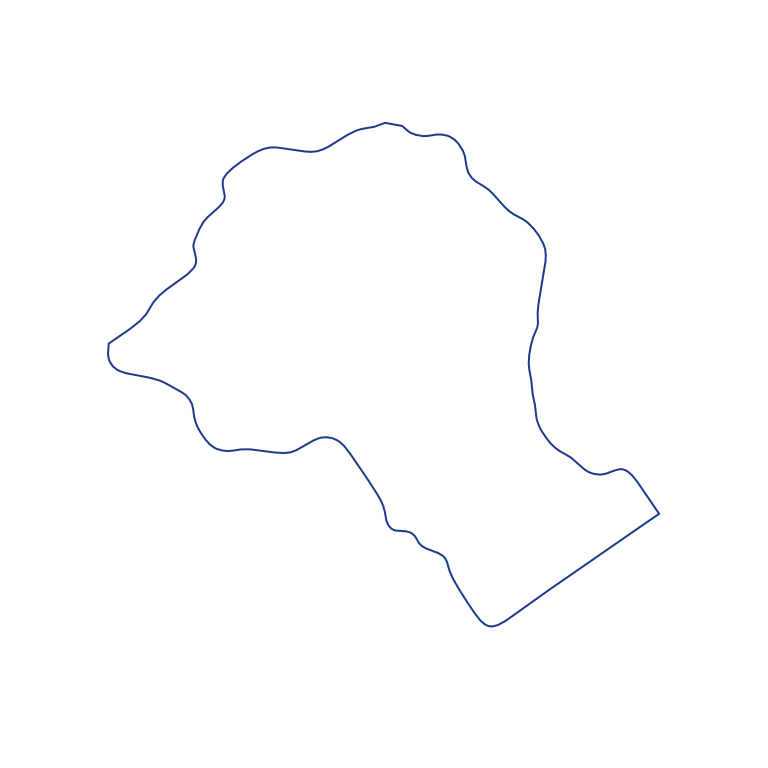 outline of Villa Tapia, Hermanas, Dominican Republic, rotated 325°
{"feature_id": "3306468B10183104109049", "entity_name": "Villa Tapia", "entity_type": "district", "adm_level": 2, "iso_a3": "DOM", "parent_name": "Dominican Republic", "parent_adm1": "Hermanas", "projection": "albers", "projection_center": [-70.39, 19.285], "detail": "fine", "context": "isolated", "style": "outline", "palette": "blue", "viewbox_px": 768, "rotation_deg": 325, "n_neighbors": 0, "source": "geoboundaries", "source_scale": "gbopen_adm2", "svg_char_len": 2458}
<svg xmlns="http://www.w3.org/2000/svg" viewBox="0 0 768 768"><g transform="rotate(325 384 384)"><path d="M546.9,183.1L534.7,170.7L523.8,167.8L511.8,162.2L506.3,160.4L497.1,159.0L475.1,157.8L468.9,156.9L462.9,155.1L457.5,152.1L452.6,148.2L431.9,128.8L426.8,125.2L421.0,122.6L414.5,121.1L407.9,120.3L394.6,119.9L384.8,120.2L375.8,121.5L370.5,123.5L368.4,125.2L365.8,128.9L361.3,138.8L359.9,140.5L357.8,142.0L355.4,143.1L350.0,144.4L335.0,146.2L329.0,147.7L321.9,151.1L311.2,157.7L307.6,160.9L306.3,162.8L303.0,171.2L300.9,175.2L299.4,177.0L297.2,178.6L294.7,179.8L286.0,181.4L259.9,181.8L250.1,182.7L241.4,185.0L229.3,190.4L220.3,192.4L207.7,193.2L181.7,193.0L175.2,201.0L172.9,205.6L172.2,208.3L172.0,214.0L173.7,219.6L175.2,222.2L178.8,227.1L196.4,245.3L202.3,252.6L205.3,257.7L213.5,274.6L215.3,279.5L215.8,285.0L215.1,290.5L213.2,295.2L209.7,302.0L207.8,307.1L206.5,312.7L205.9,318.6L205.9,327.4L206.6,333.2L208.4,338.7L209.7,341.2L213.1,345.4L217.1,349.0L221.7,351.8L229.1,355.4L236.6,360.5L255.4,377.6L262.8,383.4L268.2,386.3L273.8,387.9L293.7,389.8L299.3,391.0L302.0,392.0L306.6,394.8L310.5,398.6L313.4,403.2L314.5,406.1L315.8,412.2L316.3,421.7L315.9,454.7L315.2,471.2L314.6,477.5L313.4,483.6L311.5,488.9L307.4,497.7L306.6,502.3L306.7,504.7L307.2,507.0L308.2,509.1L309.6,510.8L317.8,517.5L320.4,520.9L321.3,522.8L322.1,526.7L321.4,534.4L322.1,538.6L324.3,543.1L331.6,553.9L333.7,558.6L334.1,561.1L333.6,565.7L330.5,574.6L328.8,583.2L327.7,595.7L327.0,611.7L326.8,624.2L327.3,632.9L328.6,638.3L329.8,640.8L331.5,643.0L333.8,644.8L339.1,646.8L347.9,647.8L400.3,647.3L534.9,648.1L535.4,609.8L534.8,600.8L533.4,595.4L532.2,592.9L530.6,590.8L528.6,589.2L524.2,587.4L514.5,584.8L509.8,582.6L507.7,581.1L503.9,577.5L500.9,573.1L498.9,567.8L494.9,551.4L489.3,539.3L487.5,534.0L486.4,528.2L486.0,522.3L486.1,513.3L486.9,507.5L488.4,501.8L489.4,499.3L495.7,487.6L500.1,477.3L506.7,465.6L511.3,455.5L514.2,450.4L519.7,443.4L526.1,437.0L532.8,431.4L541.5,425.9L543.4,424.3L545.0,422.5L550.7,413.8L556.4,407.1L586.7,376.1L590.4,371.3L593.4,366.0L595.0,360.3L596.0,351.5L595.7,342.6L594.2,333.9L592.3,328.7L587.5,319.2L585.6,314.0L584.4,308.3L582.3,290.8L581.2,285.1L579.4,280.0L575.3,270.6L574.1,265.5L574.2,260.0L574.8,257.4L576.6,252.7L581.0,243.6L582.4,238.1L582.8,229.6L581.8,223.9L579.6,218.8L578.0,216.6L574.4,212.8L570.1,209.8L562.9,206.3L558.5,203.6L552.9,198.1L550.0,193.7L548.9,191.1L546.9,183.1Z" fill="none" stroke="#1e3a8a" stroke-width="2"/></g></svg>